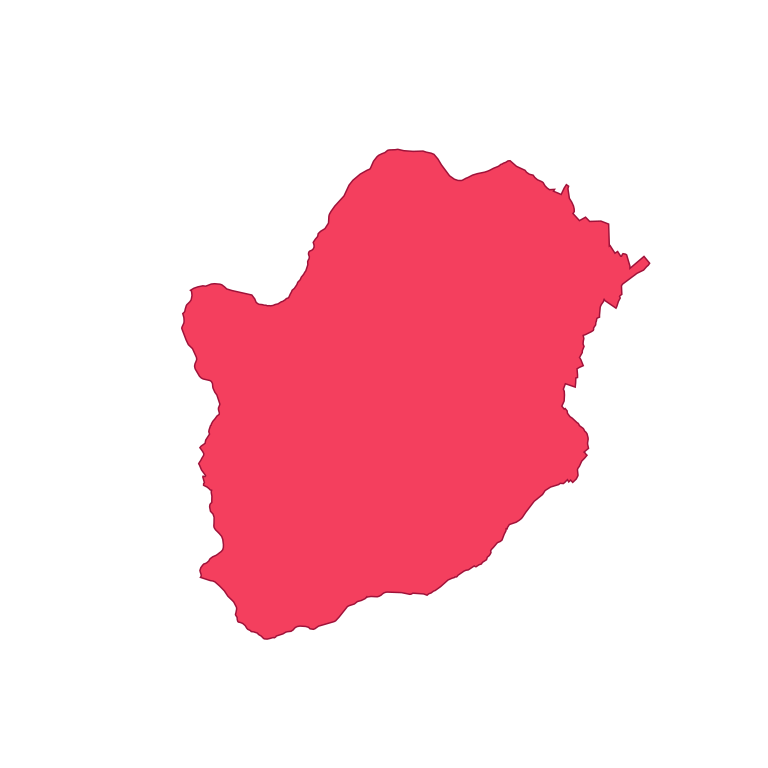 Auseu, Bihor, Romania (Mercator projection), rotated 224°
{"feature_id": "2599482B68618981696500", "entity_name": "Auseu", "entity_type": "district", "adm_level": 2, "iso_a3": "ROU", "parent_name": "Romania", "parent_adm1": "Bihor", "projection": "mercator", "projection_center": [22.51, 47.062], "detail": "fine", "context": "isolated", "style": "filled", "palette": "rose", "viewbox_px": 768, "rotation_deg": 224, "n_neighbors": 0, "source": "geoboundaries", "source_scale": "gbopen_adm2", "svg_char_len": 6171}
<svg xmlns="http://www.w3.org/2000/svg" viewBox="0 0 768 768"><g transform="rotate(224 384 384)"><path d="M501.5,583.3L507.6,583.9L510.4,582.8L514.7,580.1L517.7,578.7L524.6,571.6L531.8,565.6L537.1,562.4L538.7,560.3L542.9,555.9L543.7,554.6L544.1,551.1L545.5,548.1L546.7,544.8L546.9,542.6L546.3,537.0L543.7,530.0L543.5,528.6L544.6,526.2L546.9,518.5L547.9,508.9L547.3,502.8L543.4,491.5L543.0,477.8L542.0,471.3L541.3,468.6L540.8,467.4L540.0,466.2L535.7,461.2L534.4,454.7L535.7,449.7L535.8,446.5L534.2,444.0L534.0,440.4L533.3,436.7L530.9,435.4L529.3,433.8L528.7,431.7L528.9,429.9L529.7,428.2L529.8,427.1L529.2,425.7L528.3,424.8L526.0,423.6L524.9,422.0L524.6,420.6L524.0,419.1L521.6,416.8L518.8,411.0L518.6,409.2L518.0,407.2L517.7,403.4L516.7,400.8L516.7,397.3L515.7,395.0L514.9,390.5L515.2,387.6L514.5,385.9L513.9,383.6L512.7,380.3L512.7,379.3L513.6,377.6L513.6,375.9L514.3,372.9L515.0,371.8L515.9,368.0L517.5,365.6L518.4,363.4L520.0,361.3L520.8,360.8L522.3,359.2L523.6,358.7L524.9,357.5L526.8,356.5L529.4,354.4L531.3,354.0L533.0,354.0L536.0,355.4L540.9,356.2L558.3,345.6L563.2,343.1L566.1,343.1L569.6,342.7L571.4,341.8L575.6,338.4L577.7,335.9L580.2,330.5L582.5,328.8L585.3,324.7L587.3,320.8L588.3,317.0L587.1,317.1L585.6,316.0L583.6,314.3L581.8,311.6L581.1,310.3L580.8,308.1L580.9,304.0L580.6,302.9L579.0,299.8L577.9,298.1L577.5,296.7L577.7,294.9L574.0,292.7L571.5,290.4L570.3,288.8L568.9,284.8L568.3,283.7L567.5,283.2L556.9,278.2L552.1,276.4L546.3,276.4L537.5,272.9L535.9,271.7L535.1,270.2L534.0,267.3L532.7,265.3L531.0,264.1L530.0,263.6L522.1,261.4L519.6,261.4L517.6,262.0L512.1,265.3L511.0,265.8L509.6,265.8L507.6,265.1L505.2,263.0L504.0,262.2L500.0,260.6L496.6,260.0L488.2,255.6L487.8,255.1L486.4,251.7L485.2,250.5L482.5,248.9L481.5,247.8L481.5,247.1L481.9,245.0L481.4,241.6L481.2,238.3L480.5,235.6L479.7,234.1L479.9,233.6L477.9,229.4L476.8,227.9L474.7,226.8L473.3,219.8L471.5,217.0L472.4,212.2L472.2,210.3L467.7,209.5L465.2,208.7L464.2,207.4L463.5,204.2L462.7,201.6L462.3,199.2L461.9,197.9L460.7,197.6L455.6,195.4L449.1,194.3L448.5,194.0L448.5,193.0L450.1,192.0L449.8,191.3L444.7,188.3L444.5,187.0L443.4,185.8L439.6,187.0L437.0,187.2L435.4,187.1L434.2,187.8L433.5,186.6L432.6,185.7L429.9,183.8L425.6,179.1L425.7,177.4L425.3,176.1L424.1,174.5L420.4,171.9L416.7,171.7L413.6,170.1L409.6,165.8L407.8,163.7L406.4,162.7L404.0,162.1L398.4,162.0L394.9,161.6L392.0,160.2L387.9,156.9L386.0,154.8L384.9,152.8L384.7,150.5L385.7,144.3L387.2,140.7L387.7,137.7L387.6,136.7L387.1,135.1L387.3,132.3L387.7,131.0L388.6,129.4L388.6,127.8L388.2,124.7L386.9,122.0L385.5,121.1L383.7,120.2L382.4,119.2L382.0,118.7L381.7,117.4L372.4,121.9L370.3,123.4L368.2,124.2L362.2,124.5L355.2,124.3L348.9,122.9L342.2,122.9L340.6,122.8L335.0,120.9L333.7,119.8L331.6,116.6L331.0,115.4L330.5,114.8L327.4,114.0L326.2,112.8L324.6,111.8L323.9,111.6L323.4,111.6L321.6,112.7L319.3,113.6L316.1,113.8L313.1,113.0L311.6,112.9L308.9,113.8L307.5,113.7L305.6,115.2L301.9,116.9L301.4,116.9L300.5,116.6L297.2,117.4L294.0,117.3L293.1,117.5L290.9,119.3L289.3,121.7L287.6,124.7L286.7,125.1L286.4,125.9L286.2,126.9L286.4,127.9L283.1,134.1L282.3,137.2L281.5,138.6L279.1,141.5L278.5,144.2L278.7,145.9L278.6,147.4L277.9,149.3L276.3,151.5L271.9,155.2L269.2,156.6L267.2,156.5L264.4,158.5L263.7,159.9L262.9,164.3L254.9,178.3L254.3,180.0L254.4,185.0L255.7,198.5L255.2,200.1L252.5,205.2L252.0,209.0L249.9,212.6L248.5,216.4L248.5,218.3L248.3,218.1L248.0,219.3L245.7,222.2L241.0,226.3L240.1,227.9L239.4,230.1L239.3,231.9L239.0,233.5L238.1,235.4L237.1,236.6L226.5,246.1L219.4,250.6L218.6,251.5L217.9,253.6L209.7,260.5L206.3,262.0L206.1,264.2L205.0,266.3L204.5,269.4L203.7,271.1L202.5,277.9L201.8,287.5L200.1,291.7L199.0,293.5L198.9,294.6L198.1,295.2L197.7,296.1L197.9,298.0L196.5,304.9L195.7,306.9L194.2,308.9L192.7,315.8L191.5,316.0L190.8,316.6L190.1,319.9L188.9,322.2L189.3,324.0L188.2,328.8L189.4,331.2L189.1,333.5L189.3,334.9L189.9,337.0L191.5,338.2L191.8,340.1L191.8,342.6L192.2,348.2L192.1,348.9L191.0,351.5L190.7,353.7L193.2,359.5L194.3,363.1L195.6,364.7L194.8,365.3L195.5,366.5L196.2,370.0L192.9,376.4L192.1,379.7L191.7,382.8L191.9,384.7L192.9,390.1L194.5,404.0L193.2,414.6L194.1,419.3L192.6,425.6L188.5,433.0L188.3,434.9L185.8,437.0L185.6,439.0L185.6,442.6L183.1,441.9L183.0,444.5L179.9,444.3L179.7,449.2L180.7,452.5L181.1,453.2L185.3,456.7L185.9,457.9L186.3,460.5L188.2,465.9L188.2,470.4L188.5,473.8L189.5,473.7L191.5,474.1L192.8,474.0L192.2,479.8L195.7,482.1L196.7,483.1L198.8,486.1L199.9,487.1L203.3,489.2L205.2,489.6L206.9,489.5L209.1,490.3L210.0,490.4L214.6,489.8L215.7,490.3L217.1,490.6L218.1,490.3L224.9,490.2L227.6,489.7L231.7,490.4L233.6,491.9L236.7,492.2L236.9,491.1L240.7,491.6L242.6,496.9L246.5,501.4L249.3,504.0L251.4,504.9L253.7,510.2L244.3,514.6L246.9,517.9L250.2,521.6L249.3,523.1L251.1,525.0L255.7,529.0L255.1,531.4L253.4,535.6L259.4,538.3L261.8,538.9L263.2,544.3L264.5,545.8L266.2,550.0L267.9,550.7L268.9,551.4L270.5,553.4L271.8,555.5L274.5,557.3L273.4,559.5L271.2,565.6L270.7,567.9L271.0,568.7L272.2,570.0L272.8,573.5L274.4,575.5L275.0,576.9L276.2,578.6L276.4,579.5L275.4,581.8L276.8,583.2L281.8,589.4L282.4,590.7L282.9,592.4L283.4,595.6L284.1,597.2L284.4,597.4L284.5,597.8L282.9,597.5L269.8,599.7L270.3,601.3L272.7,606.2L273.8,609.9L275.4,610.6L275.5,611.6L275.2,613.7L281.4,619.6L281.8,621.5L278.9,639.4L276.4,646.3L276.6,650.8L276.4,653.0L276.8,655.4L285.6,656.4L287.4,638.0L289.1,639.7L299.1,645.4L300.4,645.2L302.6,643.8L302.6,642.9L301.9,640.9L302.5,640.3L308.0,641.6L308.7,638.5L317.5,640.6L317.7,639.7L333.5,655.1L341.1,651.9L349.0,643.8L354.9,644.0L356.9,637.3L366.5,637.9L366.9,640.2L368.8,642.0L371.4,643.7L375.2,645.2L379.6,646.3L387.4,652.3L388.6,654.5L391.3,654.1L390.5,650.1L388.2,643.4L396.0,640.4L396.5,642.5L400.0,638.7L402.8,638.3L405.9,638.4L409.3,639.4L410.5,639.3L412.1,638.8L415.5,637.5L419.0,637.3L421.8,637.8L425.1,635.9L428.5,635.3L431.0,635.7L439.9,632.6L448.4,632.2L449.8,630.6L450.4,628.0L451.5,625.8L451.8,624.3L452.4,623.4L452.9,620.1L455.1,615.2L456.4,611.2L457.3,609.1L458.7,606.4L463.0,600.1L465.4,595.8L467.2,590.5L467.9,589.1L469.2,584.9L469.8,584.0L472.2,581.8L475.6,580.2L481.5,579.3L494.9,581.5L501.5,583.3Z" fill="#f43f5e" stroke="#9f1239" stroke-width="1.5"/></g></svg>